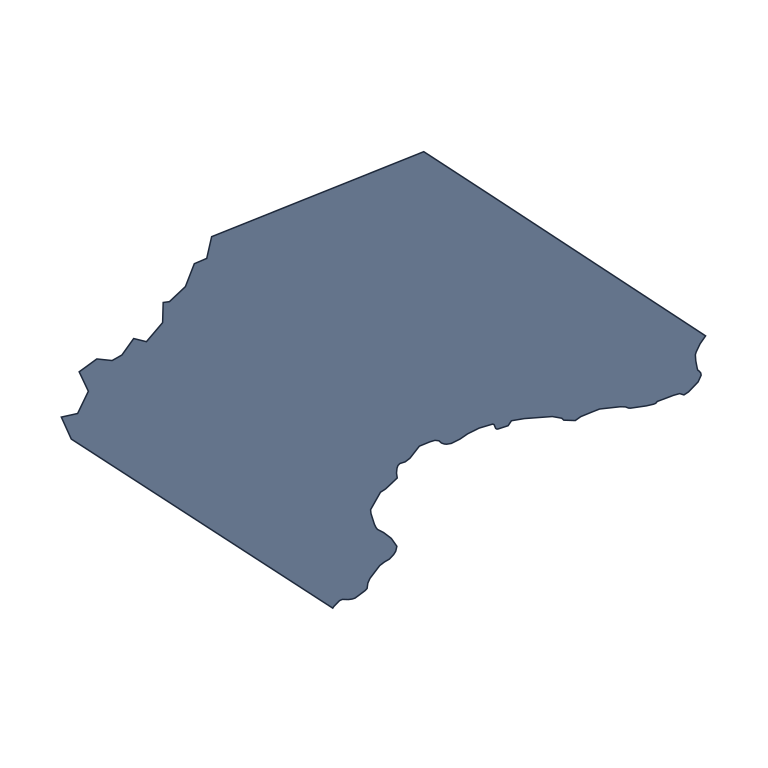 the district of Hardeman, Texas, United States of America, rotated 123°
{"feature_id": "52423323B6303249721628", "entity_name": "Hardeman", "entity_type": "district", "adm_level": 2, "iso_a3": "USA", "parent_name": "United States of America", "parent_adm1": "Texas", "projection": "orthographic", "projection_center": [-99.723, 34.318], "detail": "fine", "context": "isolated", "style": "filled", "palette": "slate", "viewbox_px": 768, "rotation_deg": 123, "n_neighbors": 0, "source": "geoboundaries", "source_scale": "gbopen_adm2", "svg_char_len": 1395}
<svg xmlns="http://www.w3.org/2000/svg" viewBox="0 0 768 768"><g transform="rotate(123 384 384)"><path d="M167.6,389.6L167.5,477.2L354.3,608.8L375.2,601.1L386.4,608.6L410.5,603.6L431.8,608.8L435.9,613.6L453.1,603.1L477.9,606.3L482.2,618.7L502.4,619.6L512.4,624.8L519.4,638.5L539.8,646.3L551.1,628.0L575.6,624.9L587.5,636.6L600.5,616.3L599.9,304.9L597.9,304.9L589.9,303.3L587.3,301.6L584.2,296.5L581.7,293.6L579.4,291.7L567.5,287.3L564.7,286.8L559.8,289.1L554.7,289.9L538.6,288.7L533.0,286.7L527.9,284.1L521.7,283.0L517.8,283.1L513.1,284.8L509.5,293.8L508.8,303.3L509.5,310.3L508.7,312.6L506.9,315.6L499.7,324.4L496.7,326.8L476.7,328.0L471.1,325.5L455.6,321.7L451.9,325.0L447.6,327.2L444.8,327.9L442.1,327.4L437.7,323.8L432.0,321.8L416.9,320.5L407.5,314.0L403.5,310.6L401.7,307.0L402.2,303.7L401.5,300.8L400.4,298.7L397.2,295.2L388.9,290.3L380.2,286.7L369.2,280.2L358.4,271.0L358.1,269.6L360.4,266.2L360.4,265.0L359.8,264.0L351.4,257.2L345.4,257.1L336.6,247.5L319.6,225.1L315.9,216.3L316.4,213.5L310.5,203.7L304.2,201.2L294.5,194.5L287.6,189.6L274.5,173.6L271.7,169.1L271.0,165.8L270.0,164.1L259.5,152.1L254.1,146.9L252.2,145.6L249.8,145.3L235.9,135.1L231.0,130.8L229.8,126.5L224.8,124.3L211.2,121.7L203.9,122.8L202.2,124.4L201.5,126.8L201.5,128.3L200.4,129.7L194.8,135.1L189.9,138.8L187.2,139.6L178.1,140.8L168.5,140.5L167.6,389.6Z" fill="#64748b" stroke="#1e293b" stroke-width="1.5"/></g></svg>